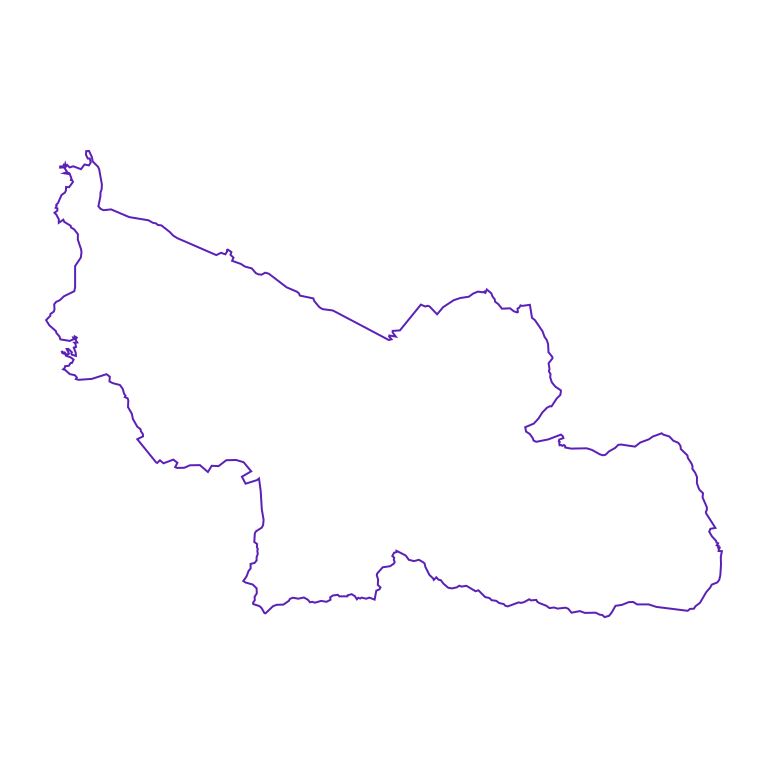 Posesti, Prahova, Romania
{"feature_id": "2599482B56357474531402", "entity_name": "Posesti", "entity_type": "district", "adm_level": 2, "iso_a3": "ROU", "parent_name": "Romania", "parent_adm1": "Prahova", "projection": "equal_earth", "projection_center": [26.141, 45.287], "detail": "fine", "context": "isolated", "style": "outline", "palette": "violet", "viewbox_px": 768, "rotation_deg": 0, "n_neighbors": 0, "source": "geoboundaries", "source_scale": "gbopen_adm2", "svg_char_len": 5994}
<svg xmlns="http://www.w3.org/2000/svg" viewBox="0 0 768 768"><path d="M374.6,599.6L376.3,590.7L379.5,589.3L380.5,587.4L377.8,584.9L378.1,579.5L376.8,575.4L377.1,573.6L382.7,567.3L390.1,566.2L394.0,563.5L394.7,562.0L393.8,559.9L394.2,557.6L392.3,556.0L394.1,552.7L396.5,552.1L396.5,550.8L405.7,555.5L408.8,559.8L414.0,561.1L418.9,559.8L423.4,562.4L424.6,563.5L425.4,567.0L429.4,574.9L433.1,578.4L433.8,579.9L436.3,577.3L438.5,579.7L440.7,580.1L443.6,583.8L448.3,587.8L452.1,588.4L456.9,587.3L459.3,585.7L461.6,586.6L466.4,585.8L475.5,591.2L478.4,590.3L485.2,597.1L489.4,598.0L491.6,600.2L496.2,600.8L499.1,603.0L503.8,604.1L505.1,605.6L507.7,606.4L518.7,602.4L521.0,602.9L523.9,602.2L529.2,599.3L531.0,600.4L536.3,599.9L537.2,601.7L539.2,603.0L546.4,605.8L549.5,608.1L554.0,607.5L557.5,608.6L565.5,607.7L568.2,608.7L571.5,612.7L579.9,611.1L584.8,612.9L595.7,612.7L599.8,614.7L602.3,615.0L604.6,617.1L609.1,615.8L611.9,612.2L615.5,605.8L621.8,604.9L628.9,602.1L633.2,602.0L637.1,604.4L648.7,604.4L656.3,606.9L687.7,610.8L690.0,608.9L693.9,608.7L695.5,606.2L700.0,602.8L706.2,592.2L710.1,587.7L711.8,584.6L717.2,582.5L719.2,580.0L720.3,575.3L721.0,564.7L720.8,556.7L721.9,551.2L718.6,551.0L718.9,549.6L718.3,547.9L719.5,548.3L719.7,547.4L718.5,547.0L718.6,545.8L716.8,545.3L718.1,543.3L716.5,542.5L716.0,540.8L711.9,536.3L709.2,531.6L710.4,528.8L715.4,527.9L706.2,513.5L705.8,512.0L706.9,509.8L706.8,507.1L702.6,497.5L703.0,493.2L699.5,489.8L698.5,487.7L696.9,483.1L697.0,477.0L695.1,472.6L692.4,468.9L692.5,466.1L691.5,463.5L687.9,458.0L687.4,455.4L680.8,449.0L680.5,445.9L678.3,442.8L673.3,440.7L669.4,436.5L663.3,434.6L661.7,433.3L652.9,436.5L648.9,439.3L640.3,442.5L635.0,446.6L620.7,444.5L618.2,444.9L615.2,447.9L609.0,451.4L605.6,454.7L603.1,455.3L600.0,454.4L591.9,449.9L586.7,448.3L571.1,448.6L565.2,447.5L565.1,445.9L563.9,445.0L562.3,445.9L561.1,445.0L559.6,445.3L559.2,443.7L559.7,442.0L558.8,441.4L559.2,439.6L563.4,438.1L562.7,436.1L560.9,434.6L548.3,439.4L536.4,441.8L533.7,440.7L532.7,438.1L529.9,434.1L526.1,431.6L525.2,427.2L533.8,423.6L538.5,418.5L542.4,412.4L546.9,407.8L549.9,406.2L551.5,406.4L556.7,398.5L560.3,395.0L560.9,391.5L560.8,390.3L555.4,386.7L551.8,382.3L550.2,377.3L550.5,374.0L548.9,371.4L549.5,369.0L548.6,363.3L552.5,358.3L552.3,356.9L548.5,352.2L548.1,344.1L546.8,340.1L544.5,336.8L542.5,331.2L534.9,320.1L532.0,317.8L529.9,304.8L522.2,305.9L520.5,305.4L519.3,307.6L517.5,308.6L517.9,312.0L517.1,312.4L513.9,311.3L510.0,308.3L502.0,308.7L498.2,304.0L495.2,301.8L494.7,299.3L492.5,296.5L491.3,293.3L486.8,289.5L485.4,292.9L484.5,292.5L484.3,291.6L482.9,292.3L477.9,291.6L473.1,293.6L468.9,296.7L460.3,298.0L453.7,300.2L443.1,307.2L437.1,314.3L429.5,306.4L427.7,305.8L425.2,306.5L420.9,304.6L399.9,330.4L392.7,330.9L392.6,332.4L395.8,336.6L389.4,335.5L389.1,336.5L391.5,339.3L388.8,340.0L332.9,310.5L322.5,309.1L319.3,307.1L314.3,301.1L313.3,298.4L299.9,295.6L298.8,293.2L296.9,291.7L286.6,287.3L268.8,273.7L265.2,272.7L261.5,274.7L258.3,274.3L255.8,273.1L251.8,268.4L244.8,266.5L241.0,264.0L232.1,260.8L233.5,257.7L230.5,254.8L231.4,252.1L227.8,249.6L227.0,250.1L227.1,251.5L225.4,254.3L221.0,252.8L216.3,255.1L177.4,238.2L173.2,235.6L169.9,232.1L161.4,225.4L157.6,224.9L156.3,223.5L152.7,222.7L148.5,220.3L129.2,217.1L111.1,209.4L103.5,210.2L100.5,208.8L98.4,206.3L100.4,196.4L100.5,192.6L101.6,189.3L101.9,184.6L99.2,169.4L98.1,166.9L92.7,161.4L91.9,157.1L89.0,150.9L86.2,151.2L86.0,154.9L87.8,158.5L89.8,158.5L90.7,162.6L88.9,165.4L84.5,164.5L81.0,169.2L73.3,166.3L69.6,167.4L67.2,165.0L66.1,166.4L65.3,163.9L64.9,165.6L63.8,164.8L63.2,166.4L60.1,166.5L60.1,167.6L64.1,167.4L66.8,171.4L66.5,172.3L64.0,173.2L68.1,173.9L67.4,172.9L67.8,172.6L69.5,173.3L71.4,178.3L71.0,180.0L72.0,180.0L73.0,181.9L69.1,187.2L66.1,187.0L65.9,190.6L64.9,192.6L61.5,195.0L58.1,202.9L56.2,204.9L56.7,205.8L55.6,207.8L57.4,208.4L57.3,210.7L54.5,212.8L56.1,214.3L58.8,219.2L58.8,222.8L63.3,219.7L64.3,221.9L70.7,225.8L71.0,227.4L74.2,229.4L77.9,234.2L77.8,239.6L81.1,249.4L81.5,252.4L80.8,257.6L75.1,266.1L75.1,287.2L74.3,291.2L63.9,296.3L59.8,300.2L56.1,301.9L54.2,304.3L54.5,309.4L53.8,311.6L50.4,314.0L50.3,315.8L46.1,320.1L49.3,325.3L55.9,331.1L56.4,333.0L59.4,336.4L60.4,339.4L69.8,340.9L73.8,339.1L73.2,337.6L74.5,337.9L74.7,336.4L76.8,337.6L75.5,339.8L77.2,342.5L74.4,342.7L75.4,343.7L76.0,347.0L73.8,347.6L75.8,353.0L75.9,355.9L71.7,354.6L71.3,353.6L71.9,352.3L68.3,348.9L66.7,349.0L68.9,353.5L68.5,354.2L66.1,354.4L64.7,352.4L63.2,352.4L61.5,351.1L62.4,353.1L65.5,354.2L65.9,355.7L70.9,357.5L73.6,359.6L72.0,362.9L70.5,363.1L68.8,365.8L65.1,366.2L64.8,367.8L63.2,369.3L65.2,370.0L69.8,374.1L74.9,375.2L76.8,377.4L75.9,379.1L78.7,379.8L91.8,378.9L106.5,374.2L109.8,376.7L109.5,381.5L112.9,383.2L119.9,385.0L122.8,389.0L124.0,393.5L125.5,395.7L124.8,397.1L127.6,398.3L128.3,400.4L128.0,407.1L131.8,413.7L132.9,419.0L137.3,426.7L140.6,429.3L140.8,431.1L142.9,434.1L143.0,436.4L137.3,439.2L156.3,462.6L157.3,462.9L159.9,460.3L163.5,463.3L173.4,459.6L177.4,462.8L175.2,467.1L176.8,467.9L184.2,467.8L189.9,465.3L199.9,465.1L207.9,472.0L211.7,465.8L218.6,466.1L226.3,460.2L236.1,460.0L243.6,462.2L251.2,471.3L241.9,476.7L245.6,483.7L257.0,480.1L259.0,478.5L260.7,491.0L261.8,509.3L263.6,519.8L263.1,525.1L261.8,527.6L255.9,531.4L254.8,533.6L254.3,542.0L257.1,544.0L256.9,547.2L257.8,549.0L257.3,550.9L257.8,553.9L256.6,557.1L256.6,560.5L254.5,563.0L250.6,563.9L250.6,568.5L248.6,570.9L246.5,576.5L243.3,581.0L245.5,582.5L252.7,584.5L256.6,588.3L256.8,593.4L254.6,596.8L254.8,600.2L253.0,602.9L253.3,604.1L259.5,606.1L261.7,608.2L264.3,612.9L265.2,613.4L266.2,612.7L273.0,606.2L276.6,604.8L283.4,604.6L288.9,600.8L289.9,598.9L292.9,597.7L298.2,598.7L303.9,597.5L307.8,599.7L310.0,602.3L312.3,601.8L314.9,602.7L321.1,600.9L326.5,601.8L330.5,599.8L330.2,597.3L332.9,595.5L337.8,594.8L339.3,596.3L347.4,596.3L347.6,595.3L351.6,594.2L354.8,596.1L356.9,599.3L358.2,597.8L360.2,598.5L361.5,597.6L366.2,598.7L369.4,597.6L374.6,599.6Z" fill="none" stroke="#5b21b6" stroke-width="2"/></svg>